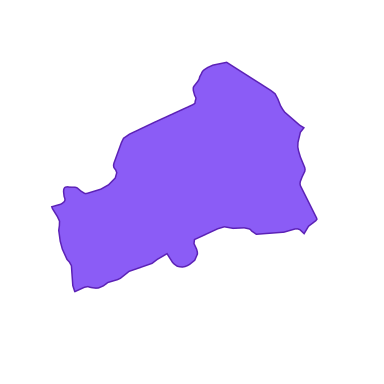 Managua, orthographic projection, rotated 20°
{"feature_id": "NIC-659", "entity_name": "Managua", "entity_type": "Department", "adm_level": 1, "iso_a3": "NIC", "parent_name": "Nicaragua", "parent_adm1": "", "projection": "orthographic", "projection_center": [-86.332, 12.202], "detail": "fine", "context": "isolated", "style": "filled", "palette": "violet", "viewbox_px": 384, "rotation_deg": 20, "n_neighbors": 0, "source": "natural_earth", "source_scale": "10m", "svg_char_len": 1885}
<svg xmlns="http://www.w3.org/2000/svg" viewBox="0 0 384 384"><g transform="rotate(20 192 192)"><path d="M115.9,325.7L112.0,320.7L103.9,302.5L100.7,299.7L97.6,298.1L89.7,290.0L85.0,283.3L79.9,273.6L78.9,269.0L77.5,264.7L74.0,261.2L66.6,255.4L65.3,253.8L72.8,248.4L73.9,247.1L75.2,244.9L75.4,244.0L75.4,243.3L75.1,242.2L74.7,241.6L73.3,239.8L71.2,235.6L70.7,233.9L70.6,233.0L70.7,232.2L70.9,231.4L71.4,230.8L72.2,230.3L73.3,229.7L75.4,229.3L79.9,227.7L80.7,227.5L81.6,227.4L82.4,227.4L82.9,227.5L87.2,229.1L91.4,230.0L92.3,230.0L94.0,229.1L105.4,220.5L111.2,213.7L115.1,205.1L114.7,199.6L112.7,197.3L111.2,196.4L110.0,195.4L109.1,193.6L108.8,191.5L108.8,169.7L109.3,164.9L113.5,159.0L133.5,138.7L162.8,109.8L164.0,108.3L164.4,107.4L164.1,106.2L163.9,105.2L163.8,103.2L163.6,102.5L163.2,101.9L161.5,100.3L161.4,100.2L158.5,96.1L158.2,95.4L157.6,93.8L157.5,92.9L157.8,91.5L159.6,86.1L160.0,84.1L160.1,82.7L159.9,81.8L159.9,80.7L160.4,77.6L160.4,76.5L160.7,74.9L161.5,73.2L164.1,69.7L168.3,65.6L180.2,58.3L231.2,69.6L236.5,71.3L241.0,75.4L245.6,80.6L248.9,83.3L251.8,85.3L270.3,92.4L275.2,93.4L273.4,98.8L274.6,109.1L276.0,113.5L278.1,117.0L281.9,122.1L289.5,130.4L290.5,132.1L290.9,134.0L290.3,140.0L290.2,145.2L290.7,147.4L291.7,149.0L318.0,173.9L318.7,174.9L318.1,176.7L313.2,184.3L311.6,192.8L306.3,190.5L304.0,190.5L301.6,191.4L292.1,198.3L266.9,209.7L261.5,208.3L259.9,207.4L259.3,207.2L258.4,207.1L253.3,207.8L243.0,212.1L234.3,213.6L228.8,217.7L210.6,235.8L211.5,239.8L215.9,244.2L217.5,246.5L218.3,248.4L217.9,255.2L214.6,260.7L212.9,262.7L211.0,264.4L208.6,265.8L205.8,266.5L203.5,266.8L199.9,265.8L197.8,264.8L189.6,258.5L182.4,267.2L178.9,272.7L160.0,288.1L154.2,297.6L152.0,299.8L143.9,305.8L140.8,310.5L137.0,314.1L135.8,314.7L134.2,315.3L130.7,316.1L128.9,316.4L126.5,316.5L123.5,318.3L116.0,325.7L115.9,325.7Z" fill="#8b5cf6" stroke="#5b21b6" stroke-width="1.5"/></g></svg>